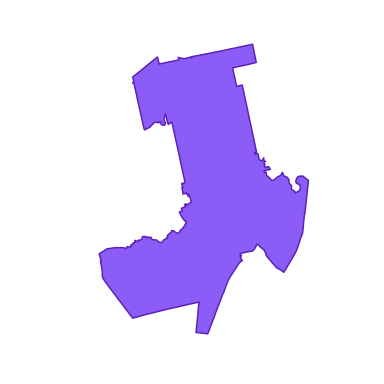 Calugareni, Giurgiu, Romania, rotated 160°
{"feature_id": "2599482B39711091097472", "entity_name": "Calugareni", "entity_type": "district", "adm_level": 2, "iso_a3": "ROU", "parent_name": "Romania", "parent_adm1": "Giurgiu", "projection": "mercator", "projection_center": [25.989, 44.147], "detail": "fine", "context": "isolated", "style": "filled", "palette": "violet", "viewbox_px": 384, "rotation_deg": 160, "n_neighbors": 0, "source": "geoboundaries", "source_scale": "gbopen_adm2", "svg_char_len": 5906}
<svg xmlns="http://www.w3.org/2000/svg" viewBox="0 0 384 384"><g transform="rotate(160 192 192)"><path d="M178.2,330.5L178.7,330.6L199.9,323.2L208.1,320.5L208.3,320.3L208.4,320.2L209.0,315.8L209.3,315.5L210.1,315.1L210.2,314.9L209.3,315.2L209.2,315.2L211.0,301.5L211.3,299.9L215.5,267.2L215.1,266.6L214.5,266.5L212.8,266.9L211.6,266.9L209.9,267.3L209.2,267.3L207.4,268.5L207.1,268.7L205.8,268.9L204.9,269.6L204.1,270.0L202.6,270.1L201.8,269.5L200.4,269.3L199.9,269.2L199.9,268.5L197.4,268.6L197.9,266.6L197.6,265.7L196.9,264.9L194.6,264.3L193.3,265.8L193.5,266.9L193.4,269.7L193.0,270.9L190.3,274.0L190.4,271.9L191.1,267.8L191.2,265.1L190.8,265.1L191.0,263.7L187.0,264.5L189.0,249.8L191.5,230.5L191.8,228.8L192.6,223.0L195.3,203.3L198.6,203.4L198.6,203.1L198.8,203.1L199.0,199.5L200.0,199.6L200.6,195.2L201.0,194.3L200.9,193.5L201.0,193.0L198.0,193.2L198.0,192.1L197.0,192.1L197.0,189.5L196.2,190.3L195.7,190.4L195.7,189.2L195.8,188.3L195.8,186.3L196.0,184.3L196.2,182.7L199.5,182.1L201.8,181.4L201.7,181.9L201.7,182.8L203.2,182.8L203.2,181.1L203.1,180.4L207.6,180.3L207.6,177.5L210.7,177.5L210.7,176.4L209.7,170.2L207.6,164.9L208.1,164.6L208.9,164.3L209.7,164.0L209.7,163.9L209.7,163.2L209.9,162.7L210.5,162.2L211.3,162.4L211.6,162.3L212.1,161.9L212.5,161.4L213.3,161.1L213.9,160.6L214.5,160.4L215.5,160.2L216.6,159.6L217.0,159.3L217.3,158.7L217.6,158.4L217.8,158.3L218.8,158.1L219.4,158.1L219.9,158.3L220.1,158.4L221.7,160.5L222.5,161.8L222.7,162.0L223.7,162.0L224.1,162.7L224.3,162.6L224.5,162.5L224.7,162.0L225.0,161.6L225.6,161.4L226.3,161.2L226.7,160.6L226.9,160.4L227.2,160.3L227.8,160.4L228.1,160.4L228.9,160.0L229.5,159.9L230.1,159.0L230.3,158.3L230.9,158.3L231.1,158.0L231.4,157.1L231.7,156.8L231.9,156.6L232.2,156.6L232.7,157.0L232.8,157.1L233.1,157.0L233.5,156.8L233.9,156.7L234.6,156.8L234.8,156.7L234.9,156.3L235.2,156.0L235.9,155.9L236.7,155.4L238.4,155.1L238.9,155.3L239.5,155.8L240.6,157.0L240.9,157.5L241.2,158.3L241.6,158.8L242.7,159.5L245.0,160.4L245.6,160.9L245.9,161.5L246.0,162.1L245.8,162.6L245.9,162.8L246.1,163.2L247.3,164.0L248.2,164.5L248.9,164.6L249.4,164.2L249.5,164.5L249.6,165.0L249.8,165.2L250.5,165.0L250.8,165.4L250.9,166.0L251.1,166.2L252.0,166.6L252.8,166.8L253.6,166.9L254.2,166.6L254.4,166.4L254.5,166.1L254.7,165.6L255.1,165.0L255.3,164.9L256.2,164.6L258.1,164.2L258.5,164.3L258.1,164.9L258.3,165.1L258.7,165.1L259.6,164.7L259.8,164.6L261.4,164.7L261.6,164.8L261.6,165.7L261.8,165.9L262.3,165.9L262.5,165.8L262.6,164.7L262.8,164.3L263.2,164.2L264.4,164.1L265.0,164.0L265.3,163.7L265.5,163.2L265.9,163.0L266.8,163.3L267.3,163.1L267.8,162.6L267.8,161.8L267.9,161.7L268.0,161.7L268.9,161.8L269.4,161.5L270.2,161.9L271.1,162.6L271.6,162.9L271.8,162.8L272.7,161.6L273.2,161.5L273.5,161.5L274.2,162.2L275.3,163.0L276.6,163.6L283.8,166.1L291.5,167.7L295.4,166.7L298.6,166.1L300.3,165.6L300.4,164.3L300.6,163.0L300.6,161.7L300.8,159.7L300.9,158.3L301.7,158.3L302.8,151.2L304.1,146.0L305.2,143.2L305.3,142.0L304.1,136.7L301.5,128.2L298.5,118.4L297.6,115.4L295.9,110.1L295.4,108.2L290.8,93.7L279.3,92.8L257.9,90.6L238.6,88.2L223.1,86.2L236.2,58.6L225.8,53.4L225.3,53.8L222.0,57.6L220.8,59.1L215.3,65.3L213.5,67.4L212.9,68.2L211.0,70.5L209.3,72.4L198.6,84.8L196.8,86.5L196.3,87.1L195.5,87.9L195.2,88.5L190.8,93.7L187.2,97.5L184.8,99.5L171.4,109.5L168.2,110.3L168.3,110.7L168.9,111.8L169.0,112.3L168.9,112.6L168.6,112.8L168.4,113.1L168.5,113.3L168.9,113.6L169.0,113.9L168.8,114.4L167.4,115.2L167.3,115.4L167.3,115.6L167.4,115.8L168.0,115.9L168.2,116.0L168.3,116.2L168.2,116.3L167.7,117.3L167.6,117.6L167.4,117.7L167.2,117.7L161.7,117.0L155.4,115.8L154.4,116.3L153.6,116.5L152.5,117.2L152.1,117.6L151.7,118.1L150.0,119.3L149.9,119.4L149.8,120.3L149.3,120.7L149.0,120.8L148.8,120.7L147.9,119.7L147.6,119.0L147.1,117.8L146.3,116.4L146.0,115.8L145.3,115.1L145.2,114.7L144.8,113.9L144.2,112.8L143.9,112.2L143.8,111.0L143.8,107.5L143.8,106.1L143.2,104.4L142.9,103.5L141.9,101.3L140.7,97.6L139.2,94.1L138.5,91.9L137.2,90.8L136.7,90.0L135.3,88.2L134.6,87.5L134.3,86.7L133.2,85.2L132.3,85.8L118.2,97.3L114.9,100.2L111.6,103.9L105.6,111.5L101.9,115.9L100.8,118.3L99.5,120.8L98.7,122.5L98.7,122.8L96.7,126.9L93.4,133.5L93.0,133.6L93.1,133.8L93.0,134.0L92.7,134.7L91.5,136.7L89.0,141.9L78.7,162.9L79.4,164.4L79.8,164.6L80.7,166.3L81.2,167.3L82.0,168.0L82.3,168.9L83.0,169.4L83.7,169.2L84.5,169.9L85.1,169.9L86.7,170.2L87.6,170.0L89.7,168.2L90.5,167.1L90.8,166.6L90.9,166.3L90.9,166.0L90.9,165.4L90.9,164.8L90.8,164.4L90.6,164.1L90.4,164.0L90.2,164.0L90.0,163.9L89.7,163.3L88.6,162.4L88.6,162.0L88.4,161.8L88.3,160.8L88.3,159.2L88.5,159.6L88.9,159.0L89.2,157.9L90.4,156.7L91.4,156.2L93.1,156.1L93.9,155.9L95.3,156.0L95.2,157.5L95.7,158.3L96.8,159.3L97.2,159.8L97.3,160.3L97.3,160.7L97.2,162.0L96.3,163.7L96.4,164.4L96.8,165.0L97.7,167.2L97.7,167.6L97.2,168.9L96.7,169.8L97.2,172.5L97.4,173.0L97.6,173.4L99.8,175.4L100.2,175.6L100.3,179.3L100.6,179.3L101.0,179.2L101.6,178.3L102.2,177.7L103.4,177.3L104.5,177.1L105.9,177.1L108.2,176.2L109.1,175.8L109.8,175.6L112.9,175.4L114.1,177.9L114.2,178.4L114.4,178.9L115.1,180.3L115.3,180.8L116.1,181.3L116.2,181.5L116.2,182.3L116.3,182.9L115.5,184.9L116.4,185.4L117.2,186.2L117.5,187.0L114.7,187.2L110.8,186.4L111.2,189.5L115.1,190.6L115.1,191.8L114.8,192.3L114.1,192.8L114.0,193.2L114.4,195.1L112.7,195.7L113.3,196.3L113.4,196.8L113.4,198.3L112.9,199.3L113.2,199.4L113.9,198.7L114.9,197.7L116.3,197.6L117.3,199.1L117.8,200.7L117.8,201.2L117.1,203.1L116.9,204.2L116.9,204.9L117.6,205.7L118.3,206.0L119.9,206.2L119.9,207.4L117.7,207.3L108.2,275.3L113.9,276.1L111.4,294.8L95.3,292.6L88.8,291.9L87.3,291.8L84.6,310.1L89.6,310.8L90.1,311.0L90.4,310.9L108.7,313.5L115.9,314.5L146.2,319.3L146.3,318.5L147.1,319.0L148.4,319.4L152.3,319.7L153.8,320.0L154.7,320.5L156.6,321.7L158.4,322.6L158.9,323.0L159.1,320.8L160.0,320.8L164.7,321.4L177.5,323.3L178.1,323.5L178.4,323.7L179.1,323.6L178.2,330.5Z" fill="#8b5cf6" stroke="#5b21b6" stroke-width="1.5"/></g></svg>